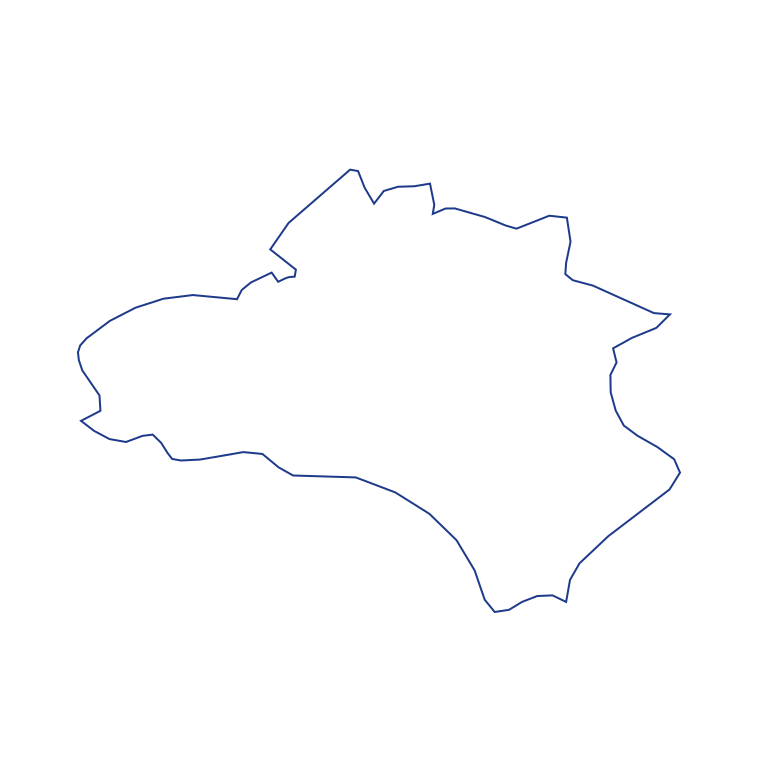 Catanduanes, Albers equal-area conic projection, rotated 280°
{"feature_id": "PHL-2539", "entity_name": "Catanduanes", "entity_type": "Province", "adm_level": 1, "iso_a3": "PHL", "parent_name": "Philippines", "parent_adm1": "", "projection": "albers", "projection_center": [124.24, 13.808], "detail": "fine", "context": "isolated", "style": "outline", "palette": "blue", "viewbox_px": 768, "rotation_deg": 280, "n_neighbors": 0, "source": "natural_earth", "source_scale": "10m", "svg_char_len": 1240}
<svg xmlns="http://www.w3.org/2000/svg" viewBox="0 0 768 768"><g transform="rotate(280 384 384)"><path d="M589.2,313.4L589.2,321.5L574.0,330.8L559.9,342.9L574.1,350.3L580.7,363.6L584.0,379.5L589.3,394.5L569.2,402.4L560.0,402.5L567.5,414.1L569.2,423.2L566.0,454.2L561.2,476.4L560.0,487.5L578.4,517.5L579.6,535.2L556.5,543.0L535.0,542.3L523.7,543.5L519.0,551.9L517.2,572.5L500.7,637.5L502.2,653.5L486.6,642.5L472.5,620.2L458.9,603.4L445.6,609.3L432.3,605.4L415.1,608.7L397.9,616.9L384.7,627.4L377.0,642.8L369.4,664.1L360.3,682.8L348.1,690.9L329.7,683.5L273.2,631.4L241.4,607.7L223.4,601.2L201.0,601.2L205.1,586.7L201.8,571.7L193.4,557.8L183.3,546.3L178.7,532.6L189.1,520.6L216.2,505.6L242.8,482.5L264.0,451.3L279.2,413.9L287.1,372.4L278.1,310.3L283.6,294.7L294.0,276.4L292.5,257.3L277.6,215.8L273.4,197.3L273.4,188.4L278.5,182.8L287.4,174.7L294.0,165.0L291.0,155.2L282.1,140.0L282.1,123.2L287.5,106.6L295.1,92.0L308.4,109.4L323.3,105.8L344.9,84.6L354.4,79.4L362.0,77.1L369.2,78.1L377.4,83.2L398.6,103.1L416.1,126.2L429.7,152.0L438.4,180.3L442.0,224.5L451.9,227.6L460.9,235.3L474.2,254.0L466.3,262.0L471.4,269.2L472.9,272.2L474.2,277.4L481.3,277.4L496.8,248.6L526.1,262.1L589.2,313.4Z" fill="none" stroke="#1e3a8a" stroke-width="2"/></g></svg>